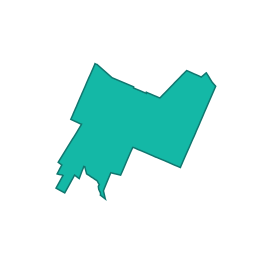 the district of Gottlob, Timis, Romania, rotated 308°
{"feature_id": "2599482B49237381448413", "entity_name": "Gottlob", "entity_type": "district", "adm_level": 2, "iso_a3": "ROU", "parent_name": "Romania", "parent_adm1": "Timis", "projection": "orthographic", "projection_center": [20.686, 45.94], "detail": "fine", "context": "isolated", "style": "filled", "palette": "teal", "viewbox_px": 256, "rotation_deg": 308, "n_neighbors": 0, "source": "geoboundaries", "source_scale": "gbopen_adm2", "svg_char_len": 3087}
<svg xmlns="http://www.w3.org/2000/svg" viewBox="0 0 256 256"><g transform="rotate(308 128 128)"><path d="M209.4,138.9L208.7,138.8L207.3,138.6L205.5,138.4L202.7,138.0L201.3,137.9L199.2,137.7L196.7,137.4L192.7,136.9L189.9,136.7L186.5,136.3L182.5,135.9L181.6,135.8L178.9,135.5L175.7,135.1L172.5,134.8L171.3,134.6L170.8,133.1L170.3,131.0L169.7,129.0L169.1,126.6L168.5,124.3L167.9,122.3L167.5,120.5L166.6,121.1L166.2,119.7L165.7,118.0L164.9,114.8L163.9,111.3L163.4,109.5L163.2,108.6L162.9,107.8L163.9,107.1L157.8,84.5L159.0,64.4L158.5,63.4L158.4,62.4L156.7,62.9L154.8,63.4L152.9,63.9L151.8,64.2L150.8,64.4L149.0,64.9L147.8,65.2L145.8,65.7L145.3,65.8L143.9,66.1L141.2,66.8L137.7,67.7L137.4,67.8L134.1,68.7L130.5,69.6L129.1,70.0L127.3,70.4L124.8,71.1L123.5,71.4L121.9,71.8L120.4,72.2L120.0,72.3L117.8,72.9L116.2,73.3L113.4,74.1L110.4,74.8L108.7,75.3L108.1,75.4L107.0,75.7L105.4,76.1L104.2,76.5L102.9,76.8L99.6,77.6L100.0,79.3L100.7,82.4L101.3,84.8L102.0,88.2L102.4,89.0L101.2,89.3L99.1,89.5L98.5,89.6L96.0,89.9L94.5,90.1L92.1,90.4L90.3,90.6L87.5,90.9L86.4,91.0L85.7,91.0L58.0,94.1L58.1,97.2L58.1,98.2L58.1,98.6L56.7,98.9L53.6,99.4L51.2,99.9L50.0,100.1L48.2,100.4L48.4,101.0L49.1,102.6L49.2,102.8L50.4,104.9L50.6,106.0L40.7,107.6L36.3,108.3L37.2,113.9L37.9,118.1L45.0,117.0L48.7,116.4L52.2,115.8L53.7,115.6L58.0,114.9L58.0,117.2L58.1,120.7L63.1,119.1L65.6,118.3L68.5,117.5L70.5,116.8L70.9,117.8L70.3,118.5L69.9,119.0L68.6,120.7L67.7,121.9L66.8,123.1L66.4,123.5L66.4,124.2L66.4,124.4L66.4,124.6L66.7,126.2L66.7,126.5L66.7,127.2L66.8,129.2L66.8,129.5L66.9,130.0L67.0,130.7L67.1,131.9L67.1,132.6L67.1,133.0L67.3,135.1L67.4,136.1L67.1,136.9L66.3,138.6L65.7,140.3L64.9,140.3L63.8,140.5L62.5,141.8L61.6,142.8L61.2,143.6L60.4,145.1L60.3,145.3L60.4,145.6L60.3,145.8L60.2,145.9L59.8,146.3L59.1,146.9L58.9,147.1L58.6,147.4L58.1,147.5L58.1,150.3L58.1,153.4L58.1,153.9L58.9,152.8L59.5,152.1L62.0,149.0L63.4,147.3L66.6,146.3L71.6,144.9L76.3,143.6L81.0,142.3L82.2,142.0L83.3,144.6L84.6,147.4L85.9,150.3L86.3,151.2L90.8,150.1L95.7,148.8L100.8,147.4L105.8,146.1L110.8,144.8L115.6,143.7L115.8,143.8L116.2,144.9L116.6,146.3L117.2,149.1L118.1,152.0L118.9,155.0L119.7,158.0L120.5,161.2L121.3,164.2L122.1,167.7L122.7,169.3L123.0,170.6L123.8,173.5L124.7,176.6L125.4,179.5L125.8,180.8L126.0,181.7L126.0,181.9L126.2,182.6L126.7,184.6L126.9,185.5L127.6,188.2L127.7,188.5L128.5,191.3L129.1,193.6L131.1,193.0L133.6,192.4L135.0,192.0L138.1,191.2L141.6,190.3L144.0,189.7L148.0,188.7L150.5,188.1L152.7,187.5L155.5,186.8L156.5,186.5L158.6,186.0L159.7,185.7L161.2,185.4L162.8,185.0L164.3,184.6L165.6,184.3L166.8,183.9L169.1,183.3L170.8,182.9L173.2,182.3L175.5,181.7L177.5,181.1L179.6,180.6L181.9,180.0L184.9,179.2L186.3,178.8L188.2,178.3L191.8,177.4L194.4,176.7L214.9,171.4L215.5,168.1L215.8,166.7L216.0,165.7L216.7,163.9L217.0,163.0L217.6,161.5L218.3,159.7L219.4,156.5L219.7,155.8L219.7,155.7L218.8,155.5L217.8,155.3L216.9,155.1L216.1,155.0L215.6,154.9L214.5,154.6L213.2,154.4L213.0,153.4L212.7,151.9L211.9,148.8L211.2,146.3L211.0,145.3L210.2,142.0L209.4,138.9Z" fill="#14b8a6" stroke="#0f766e" stroke-width="1.5"/></g></svg>